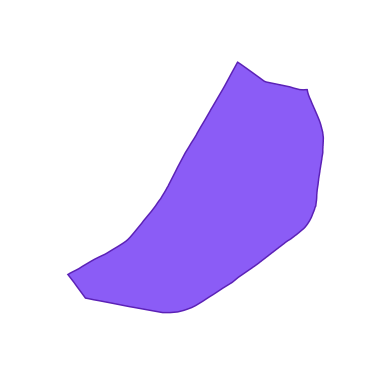 the district of Ain Shams, Al Qahirah, Egypt, rotated 163°
{"feature_id": "37247803B66210800118153", "entity_name": "Ain Shams", "entity_type": "district", "adm_level": 2, "iso_a3": "EGY", "parent_name": "Egypt", "parent_adm1": "Al Qahirah", "projection": "robinson", "projection_center": [31.326, 30.123], "detail": "fine", "context": "isolated", "style": "filled", "palette": "violet", "viewbox_px": 384, "rotation_deg": 163, "n_neighbors": 0, "source": "geoboundaries", "source_scale": "gbopen_adm2", "svg_char_len": 5680}
<svg xmlns="http://www.w3.org/2000/svg" viewBox="0 0 384 384"><g transform="rotate(163 192 192)"><path d="M334.8,149.4L331.3,140.1L329.7,135.3L328.0,130.5L324.9,121.7L322.2,120.3L317.7,117.8L312.4,115.1L307.1,112.3L302.0,109.6L296.2,106.5L291.0,103.7L285.4,100.7L281.4,98.7L271.7,93.7L255.2,85.2L247.9,83.0L240.7,81.5L238.9,81.4L234.7,81.2L231.0,81.3L226.1,81.6L221.9,82.3L217.9,83.3L213.6,84.4L208.9,85.8L205.4,86.8L201.9,87.7L195.8,89.5L190.8,91.0L185.1,92.5L179.8,93.9L175.7,95.6L172.6,96.9L169.1,98.0L161.2,100.5L160.3,100.8L157.0,101.8L156.5,102.0L156.0,102.2L155.0,102.5L154.6,102.6L154.2,102.7L153.9,102.8L153.5,103.0L152.7,103.2L152.0,103.5L151.2,103.7L150.5,104.0L149.6,104.3L148.7,104.6L147.9,105.0L147.0,105.3L146.7,105.4L146.3,105.5L146.0,105.7L145.7,105.8L145.0,106.1L144.4,106.3L143.6,106.6L142.9,106.8L142.1,107.2L141.7,107.3L141.3,107.4L140.5,107.8L140.4,107.8L139.7,108.1L139.0,108.3L138.3,108.6L138.2,108.6L137.7,108.8L137.0,109.1L136.5,109.3L136.2,109.4L136.0,109.5L135.6,109.6L135.1,109.8L134.5,110.1L134.3,110.1L134.2,110.2L133.6,110.4L132.8,110.7L132.7,110.7L132.1,110.9L131.4,111.2L130.8,111.4L130.7,111.5L130.1,111.7L129.5,111.9L128.8,112.2L128.4,112.4L128.2,112.4L127.9,112.5L127.5,112.7L127.2,112.8L126.8,112.9L126.1,113.2L125.7,113.3L125.4,113.5L124.6,113.8L124.2,113.9L123.9,114.0L123.4,114.2L122.8,114.4L122.3,114.6L121.8,114.8L121.2,115.0L120.6,115.3L120.4,115.3L119.9,115.5L119.6,115.6L119.3,115.7L118.8,115.9L118.4,116.1L118.1,116.2L117.9,116.3L117.4,116.5L117.0,116.6L116.8,116.7L116.6,116.8L116.2,116.9L115.9,117.0L115.2,117.2L114.8,117.4L114.3,117.5L113.7,117.6L113.4,117.7L113.1,117.8L112.9,117.8L112.5,117.9L111.9,118.1L111.5,118.2L111.2,118.3L110.8,118.4L110.4,118.5L109.9,118.8L109.3,119.0L108.7,119.2L108.3,119.4L108.1,119.4L107.6,119.6L106.2,120.2L104.9,120.6L104.5,120.7L104.1,120.9L103.4,121.2L102.7,121.5L102.4,121.6L102.1,121.7L101.2,122.1L100.4,122.5L100.0,122.6L99.6,122.8L98.7,123.2L98.0,123.5L97.2,123.8L96.5,124.1L95.6,124.5L95.3,124.7L94.9,124.9L94.6,125.1L94.0,125.4L93.7,125.7L93.4,125.9L92.7,126.3L92.3,126.6L91.9,126.9L91.4,127.3L90.8,127.7L90.3,128.2L89.7,128.6L89.2,129.1L88.8,129.4L88.5,129.7L88.1,130.0L87.8,130.3L87.4,130.7L87.0,131.1L86.6,131.5L86.3,131.9L85.9,132.2L85.5,132.6L85.1,133.1L84.8,133.4L84.4,134.0L84.1,134.3L83.9,134.6L83.4,135.2L83.0,135.8L82.5,136.3L82.1,136.8L81.9,137.1L81.7,137.4L81.2,137.9L80.9,138.3L80.6,138.8L80.2,139.2L79.9,139.6L79.7,139.9L79.5,140.3L79.3,140.6L79.1,140.9L78.8,141.3L78.6,141.6L78.3,141.9L78.1,142.1L77.8,142.3L77.6,142.8L77.3,143.4L77.1,144.0L76.8,144.6L76.4,145.5L76.0,146.4L75.7,147.0L75.4,147.6L75.2,148.2L74.9,148.8L74.8,149.1L74.7,149.4L74.3,150.5L74.2,150.8L74.0,151.4L73.7,152.3L73.4,153.2L73.2,153.6L73.0,154.1L72.7,154.9L72.6,155.3L72.4,155.6L71.7,157.3L70.9,159.0L70.1,160.7L69.3,162.3L68.8,163.5L68.5,164.1L68.3,164.7L67.7,165.9L67.2,167.1L67.0,167.6L66.8,168.0L66.6,168.5L66.3,169.0L65.9,169.9L65.7,170.3L65.5,170.7L65.0,171.6L64.8,172.1L64.6,172.5L64.2,173.3L64.0,173.7L63.8,174.1L63.5,174.9L63.3,175.3L63.1,175.7L62.8,176.3L62.7,176.5L62.5,176.9L62.3,177.3L61.9,178.1L61.7,178.5L61.5,178.9L61.1,179.8L60.9,180.3L60.6,180.7L60.2,181.6L59.7,182.5L59.5,183.0L59.2,183.6L59.0,184.1L58.7,184.6L58.2,185.6L58.0,186.2L57.7,186.8L57.2,187.9L56.6,189.0L56.3,189.6L56.0,190.2L55.7,190.8L55.4,191.4L55.3,191.9L55.0,192.7L55.0,193.0L54.9,193.1L54.6,194.1L54.4,194.8L54.1,195.5L53.8,196.3L53.6,197.0L53.5,197.4L53.3,197.7L53.0,198.4L52.8,199.1L52.6,199.6L52.4,200.1L52.2,200.6L52.1,201.1L51.8,201.7L51.6,202.3L51.4,203.0L51.2,203.6L51.0,204.1L50.8,204.6L50.7,205.1L50.5,205.7L50.4,206.1L50.4,206.4L50.3,206.8L50.2,207.2L50.2,207.5L50.1,208.1L49.9,208.9L49.9,209.3L49.8,209.7L49.6,210.6L49.6,210.9L49.5,211.3L49.5,211.8L49.5,212.6L49.4,213.4L49.4,214.1L49.4,214.8L49.3,215.5L49.3,216.1L49.3,217.0L49.2,217.8L49.2,218.6L49.2,219.5L49.2,220.0L49.2,220.6L49.2,221.4L49.3,222.3L49.3,222.8L49.3,223.3L49.4,224.4L49.5,224.9L49.5,225.4L49.6,226.5L49.7,227.5L49.8,228.4L49.9,229.3L49.9,229.8L50.0,230.2L50.1,231.1L50.2,231.7L50.2,232.3L50.4,233.4L50.4,234.0L50.5,234.6L50.6,235.8L50.8,236.9L50.9,237.9L50.9,238.2L51.0,239.0L51.1,239.5L51.2,240.1L51.2,240.7L51.3,241.3L51.4,241.9L51.4,242.5L51.5,243.2L51.5,243.8L51.6,244.2L51.6,244.4L51.6,245.1L51.7,245.6L51.8,246.1L51.8,246.6L51.9,247.0L52.0,247.4L52.0,248.2L52.1,248.9L52.1,249.6L52.2,250.3L52.2,251.0L52.2,251.6L52.2,252.2L52.2,252.9L52.2,253.5L52.1,254.3L52.1,254.7L52.0,255.2L52.0,255.5L51.9,256.2L52.5,256.4L55.8,257.2L59.0,258.4L64.3,261.6L67.2,263.6L67.5,263.8L67.8,264.0L87.4,274.7L87.6,274.8L87.8,274.9L88.2,275.1L88.5,275.3L88.9,275.5L89.2,275.8L89.5,276.0L89.8,276.2L90.1,276.5L90.4,276.8L90.7,277.1L91.0,277.4L91.2,277.7L97.4,286.0L107.7,299.5L110.4,302.8L110.9,302.4L111.2,302.1L120.0,293.5L129.3,284.3L132.8,281.0L135.1,278.9L148.0,267.0L149.6,265.6L151.2,264.0L158.8,256.9L164.9,251.4L170.0,246.6L170.5,246.1L171.0,245.5L174.8,242.1L178.5,239.0L182.1,235.7L186.8,231.6L192.2,226.2L198.7,219.7L202.0,216.2L211.0,206.9L211.7,206.2L212.1,205.8L212.4,205.5L212.5,205.3L212.7,205.1L213.0,204.7L214.2,203.7L214.8,203.2L215.3,202.6L216.2,201.8L216.7,201.3L217.1,200.9L218.1,200.0L218.5,199.6L219.0,199.2L221.5,197.0L224.0,194.7L225.9,193.4L228.1,191.7L230.9,189.4L233.8,187.3L236.9,185.1L239.8,183.2L243.6,180.7L246.8,178.6L249.5,176.6L252.7,174.5L254.8,173.1L258.7,170.5L264.3,166.9L267.2,165.3L269.5,164.3L272.2,163.4L272.9,163.2L273.6,163.0L276.1,162.3L278.7,161.6L285.6,159.9L291.3,158.4L293.5,157.9L296.5,157.5L299.9,157.0L304.7,156.2L307.0,155.7L308.8,155.3L318.3,153.0L322.5,151.8L325.6,151.2L329.8,150.5L332.9,149.9L333.4,149.7L333.8,149.6L334.8,149.4Z" fill="#8b5cf6" stroke="#5b21b6" stroke-width="1.5"/></g></svg>